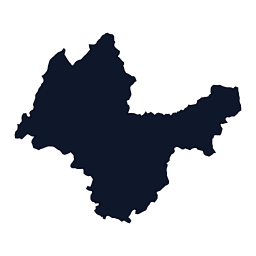 outline of Mococa, São Paulo, Brazil
{"feature_id": "56859067B41359481852892", "entity_name": "Mococa", "entity_type": "district", "adm_level": 2, "iso_a3": "BRA", "parent_name": "Brazil", "parent_adm1": "São Paulo", "projection": "mercator", "projection_center": [-47.017, -21.449], "detail": "fine", "context": "isolated", "style": "filled", "palette": "ink", "viewbox_px": 256, "rotation_deg": 0, "n_neighbors": 0, "source": "geoboundaries", "source_scale": "gbopen_adm2", "svg_char_len": 4887}
<svg xmlns="http://www.w3.org/2000/svg" viewBox="0 0 256 256"><path d="M135.7,80.7L134.7,78.0L133.7,76.9L131.7,77.0L129.8,75.5L127.5,74.3L125.5,73.4L124.7,72.0L123.8,70.3L123.2,67.3L122.2,65.8L123.4,64.1L123.2,62.5L121.6,61.4L120.7,60.2L119.6,59.0L118.6,57.7L116.8,57.3L117.5,55.4L118.9,53.6L119.2,51.5L115.8,48.9L114.3,47.4L113.5,45.8L113.7,43.6L114.5,42.2L113.5,40.7L113.4,36.3L112.2,35.0L109.7,34.8L107.4,33.5L105.8,34.0L104.8,35.1L103.1,35.6L101.6,37.3L100.7,39.2L99.2,40.1L97.5,42.0L96.9,43.7L95.7,44.6L94.4,45.3L92.6,45.3L89.6,45.0L89.9,47.4L91.0,49.7L89.2,51.6L88.0,53.1L86.6,54.8L85.4,55.8L83.9,57.3L81.2,60.2L78.9,60.7L76.8,61.7L75.5,63.0L73.9,65.5L72.6,66.4L71.3,65.8L70.2,64.0L68.6,62.4L67.4,60.6L66.1,58.6L64.9,56.5L63.7,54.7L64.1,52.7L64.8,50.2L63.9,49.1L62.2,51.3L60.1,52.4L58.4,53.0L55.4,55.5L54.0,57.0L52.4,58.3L50.6,60.2L49.9,61.6L49.2,64.2L48.8,65.7L48.5,67.4L48.2,69.5L47.4,71.5L46.3,72.8L45.3,74.1L44.1,75.3L42.5,76.2L44.1,78.9L44.3,81.2L43.5,83.0L42.0,84.3L41.6,86.1L40.3,87.6L39.1,89.2L38.7,90.9L37.8,92.6L36.8,93.7L35.9,95.6L36.1,98.0L35.6,99.4L34.8,101.6L33.7,104.3L34.5,107.2L33.7,110.0L31.0,111.4L30.0,113.0L30.8,114.7L31.1,116.3L29.6,117.4L27.7,117.4L26.5,116.3L25.7,113.9L23.6,114.1L22.6,115.9L22.2,118.0L22.5,120.0L22.4,121.9L20.8,123.4L19.8,125.3L18.1,124.8L18.5,126.7L18.0,129.9L16.0,132.1L15.4,134.7L15.7,137.6L17.5,137.9L19.4,137.4L21.7,138.5L23.6,136.7L26.5,133.9L27.9,133.3L31.7,135.5L33.6,135.8L35.3,135.9L34.8,137.4L33.7,138.5L32.4,140.7L32.1,142.3L33.0,144.2L33.9,147.4L36.5,148.3L38.9,149.4L40.0,148.4L42.1,147.9L44.5,146.9L46.2,146.3L48.1,145.6L50.9,145.7L52.9,145.7L55.0,146.7L56.8,148.0L58.2,149.0L60.4,150.1L61.8,151.7L62.9,153.4L64.6,154.1L66.5,153.5L68.9,152.5L70.8,151.2L74.4,155.2L74.4,157.4L74.9,159.4L73.9,161.3L72.7,162.9L71.5,164.4L71.0,166.0L72.0,167.4L73.9,167.5L75.3,167.4L77.5,168.3L83.7,168.1L84.3,170.4L84.3,173.2L86.1,174.6L88.5,175.5L90.7,174.9L91.7,176.2L93.7,179.0L93.1,181.3L92.4,183.6L91.6,185.8L90.6,187.7L87.9,186.8L86.9,188.6L88.7,189.8L90.4,190.1L92.5,190.7L93.0,192.3L92.3,194.0L91.3,195.4L91.1,197.6L91.4,199.7L92.8,201.2L94.5,201.4L95.7,202.8L98.5,202.4L99.9,203.6L99.0,205.9L96.3,207.0L96.6,209.2L95.0,210.7L96.9,213.3L98.8,214.4L100.5,214.9L101.8,216.2L103.3,215.6L103.5,218.0L104.8,218.5L105.4,216.2L107.1,215.0L109.2,215.3L112.4,217.3L114.5,217.2L116.2,217.9L118.6,218.4L120.2,219.6L121.9,220.9L123.9,219.5L125.6,220.6L127.5,221.8L129.4,222.5L130.5,220.9L129.5,219.1L128.3,218.4L127.5,217.0L128.6,215.6L129.8,214.2L130.6,212.1L131.9,210.2L134.4,208.7L136.7,209.6L136.3,211.2L136.0,213.2L137.7,213.5L139.6,212.7L142.9,210.9L145.6,209.6L146.4,207.9L147.2,206.0L149.0,204.0L149.9,202.0L151.3,201.2L153.0,201.2L154.4,201.6L155.7,199.9L156.8,198.2L157.0,195.1L156.0,193.5L156.0,191.3L157.9,190.8L159.1,190.3L160.4,189.6L161.7,188.1L163.2,186.9L164.9,185.2L166.7,184.5L168.1,183.4L168.4,181.2L167.3,178.8L166.8,177.1L166.1,175.6L166.4,173.5L165.8,170.3L166.0,168.2L166.6,166.6L167.0,165.0L165.2,164.0L166.6,162.4L167.8,161.4L168.9,160.3L168.9,157.9L169.6,156.5L170.6,154.1L172.9,152.9L174.1,151.2L173.3,148.7L174.1,147.4L176.4,146.0L179.0,146.7L180.3,147.5L182.1,148.7L183.7,148.6L185.3,147.2L186.3,148.1L187.7,148.5L189.9,149.4L191.7,148.0L194.4,147.2L196.8,147.4L198.1,149.0L200.6,149.6L202.7,150.1L203.7,151.2L204.3,153.5L205.6,154.8L207.3,155.2L209.0,155.8L211.8,154.1L213.4,152.5L214.8,152.3L213.9,150.8L213.0,149.6L212.0,148.2L212.1,145.9L211.5,143.9L211.5,142.3L211.6,140.5L211.5,138.7L213.0,137.2L213.3,135.1L215.0,134.4L217.8,134.5L219.8,134.6L220.6,133.4L221.2,131.0L221.8,128.8L220.3,126.5L219.7,124.3L220.7,122.8L222.6,123.3L224.9,122.5L226.5,122.3L224.8,120.1L224.9,118.1L226.7,116.4L229.2,116.7L231.0,115.8L232.5,115.6L234.0,115.8L236.6,113.6L238.3,111.4L240.6,109.9L240.2,105.1L239.4,103.5L238.9,101.9L238.8,100.2L239.0,97.9L238.3,95.3L238.2,93.4L237.8,91.8L237.5,90.2L237.5,88.0L235.5,87.2L233.2,89.3L231.2,88.2L229.2,88.0L226.8,88.1L223.1,87.1L219.9,85.6L217.3,85.9L213.7,85.6L212.5,86.5L211.5,87.9L211.3,89.9L211.3,91.9L211.8,94.0L209.7,95.3L209.0,96.9L206.3,97.7L204.7,97.7L203.3,98.1L201.7,98.1L200.1,99.6L197.9,100.8L197.6,102.9L196.2,104.8L193.4,105.2L191.5,105.7L188.7,105.5L188.0,107.2L186.6,108.2L185.3,108.8L184.4,110.3L182.9,111.2L181.1,110.4L179.5,112.1L177.8,112.2L177.1,113.8L175.6,113.3L173.3,113.6L172.0,115.3L170.8,116.7L168.9,114.5L167.4,114.8L166.0,114.5L165.1,115.7L162.9,115.4L161.9,114.2L160.3,114.0L158.5,113.4L156.8,114.0L155.5,115.3L154.0,115.6L153.2,114.4L150.8,112.7L149.1,113.8L147.1,114.2L145.8,112.5L144.8,114.1L143.0,115.7L140.8,116.6L139.8,114.7L137.5,115.5L135.8,114.6L133.9,113.9L130.5,113.7L128.2,114.0L127.3,112.4L128.1,110.9L129.0,108.0L128.4,105.8L126.8,104.7L126.6,103.1L125.8,101.4L126.6,99.8L128.6,99.3L130.7,94.7L130.3,92.1L129.6,89.6L129.5,87.2L130.5,85.1L131.7,84.5L133.3,82.9L134.1,81.6L135.7,80.7Z" fill="#0f172a" stroke="#020617" stroke-width="1.5"/></svg>